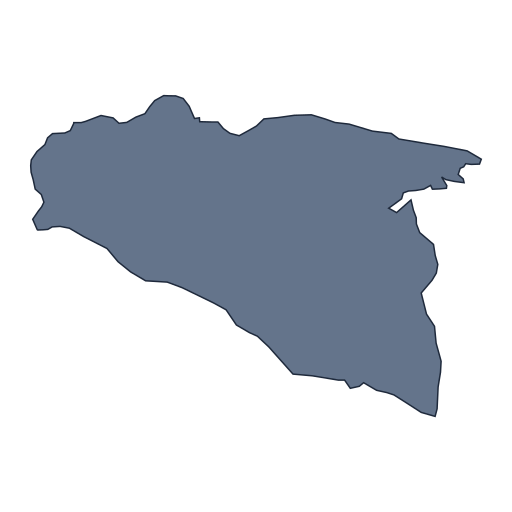 outline of Kouklia Pafou, Paphos, Cyprus
{"feature_id": "46923920B78543602896298", "entity_name": "Kouklia Pafou", "entity_type": "district", "adm_level": 2, "iso_a3": "CYP", "parent_name": "Cyprus", "parent_adm1": "Paphos", "projection": "robinson", "projection_center": [32.607, 34.692], "detail": "fine", "context": "isolated", "style": "filled", "palette": "slate", "viewbox_px": 512, "rotation_deg": 0, "n_neighbors": 0, "source": "geoboundaries", "source_scale": "gbopen_adm2", "svg_char_len": 1731}
<svg xmlns="http://www.w3.org/2000/svg" viewBox="0 0 512 512"><path d="M37.2,229.6L37.7,230.0L43.0,229.8L47.8,229.4L52.2,226.9L60.1,226.4L69.4,228.2L83.7,236.6L107.0,248.5L118.0,261.7L130.6,271.9L145.6,280.8L167.2,282.1L182.2,287.7L213.5,302.9L226.1,309.8L236.4,325.0L249.4,332.6L257.4,336.2L268.7,346.8L293.0,374.1L312.3,375.8L338.3,380.1L344.6,380.1L350.3,388.3L359.3,386.3L363.6,382.7L376.6,390.3L386.9,392.6L393.9,394.9L407.9,403.8L421.2,412.4L435.1,416.4L437.1,408.8L438.1,387.0L440.5,372.2L441.1,361.3L439.9,356.8L436.1,343.1L434.5,326.3L426.5,314.1L421.2,293.0L432.0,280.3L436.3,273.1L437.8,264.4L435.2,255.4L433.5,244.4L419.7,232.6L416.4,224.0L416.2,217.7L413.4,210.2L411.0,199.9L396.6,212.6L388.7,208.2L401.6,198.8L403.3,192.9L408.5,191.0L415.7,190.5L423.9,189.1L430.6,185.4L432.4,189.2L439.4,188.9L446.4,188.3L446.8,185.6L441.6,177.0L445.8,179.6L454.2,181.4L464.1,182.7L463.2,178.9L458.2,174.5L460.2,168.3L463.7,166.8L465.7,163.7L471.2,164.4L479.5,164.1L481.3,159.2L480.8,158.9L467.2,150.9L444.1,146.4L422.7,143.0L398.9,139.0L392.4,134.2L391.3,133.4L372.4,131.1L349.1,124.1L335.0,122.5L325.2,119.0L311.4,114.8L294.3,115.3L277.9,117.6L263.9,118.9L256.5,126.0L249.2,130.2L239.2,135.7L229.9,133.3L223.4,128.6L217.9,122.0L211.9,122.0L199.7,121.7L199.4,117.8L194.5,118.5L191.0,110.5L189.2,106.3L183.2,98.5L175.7,95.9L168.7,95.8L163.7,95.6L154.7,100.6L149.7,106.7L144.9,113.7L135.9,117.1L126.8,122.4L119.0,123.3L113.1,117.9L101.0,115.5L85.5,121.4L81.2,122.6L73.8,122.6L73.8,123.3L70.3,130.6L64.8,133.0L52.5,133.6L47.6,137.8L44.9,144.6L37.0,151.5L31.3,159.9L30.7,165.6L31.1,172.2L33.2,179.7L35.2,189.1L41.3,194.5L43.9,202.2L41.7,206.8L38.4,211.0L32.7,219.3L37.2,229.6Z" fill="#64748b" stroke="#1e293b" stroke-width="1.5"/></svg>